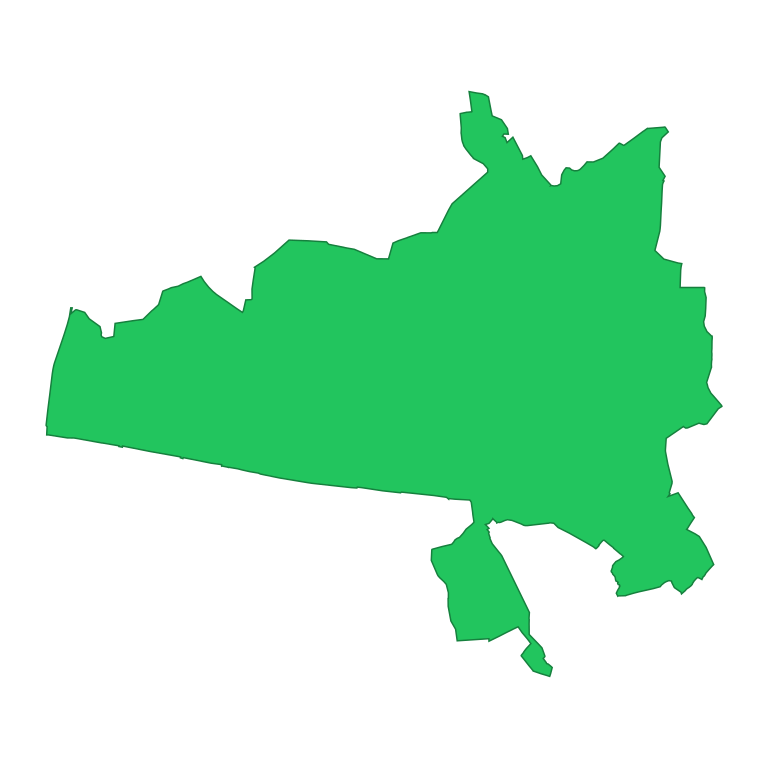 outline of Saldus pag., Saldus, Latvia
{"feature_id": "27541924B25012386790133", "entity_name": "Saldus pag.", "entity_type": "district", "adm_level": 2, "iso_a3": "LVA", "parent_name": "Latvia", "parent_adm1": "Saldus", "projection": "albers", "projection_center": [22.463, 56.704], "detail": "fine", "context": "isolated", "style": "filled", "palette": "green", "viewbox_px": 768, "rotation_deg": 0, "n_neighbors": 0, "source": "geoboundaries", "source_scale": "gbopen_adm2", "svg_char_len": 6074}
<svg xmlns="http://www.w3.org/2000/svg" viewBox="0 0 768 768"><path d="M491.1,110.8L488.4,96.8L485.0,94.7L484.8,94.9L483.8,94.3L482.5,93.8L476.6,93.0L469.1,91.6L470.3,99.5L471.9,111.6L471.7,111.8L468.0,112.2L467.0,112.2L460.2,113.6L460.2,114.8L461.3,128.0L461.1,133.1L461.3,134.3L461.9,139.6L462.5,142.1L463.8,145.5L463.7,145.7L466.0,149.1L470.9,155.3L473.8,158.5L473.7,158.6L483.3,163.7L487.7,168.8L487.7,172.2L452.1,203.8L448.6,210.0L439.4,228.4L437.3,232.5L432.2,232.5L431.2,232.9L421.1,232.8L420.5,232.9L407.8,237.4L407.2,237.7L398.4,240.7L393.0,243.1L388.5,258.9L376.6,258.8L354.3,249.3L346.8,248.0L328.6,244.3L326.5,241.9L307.9,240.8L289.0,240.1L274.4,253.1L263.7,261.3L254.4,267.3L255.1,268.0L254.8,270.2L253.2,280.4L252.0,289.1L252.1,298.9L251.8,299.3L250.9,299.7L245.8,299.9L243.3,310.9L242.4,312.4L237.3,309.0L221.4,297.9L216.5,294.5L212.8,291.4L208.6,287.1L204.2,281.6L200.9,276.4L187.2,282.3L183.2,283.7L178.2,286.2L171.2,287.7L168.6,288.9L163.1,291.0L162.8,291.2L158.7,304.4L158.2,305.0L157.8,305.5L156.4,306.7L153.4,309.5L151.7,310.9L143.0,319.4L133.7,320.6L115.1,323.4L113.8,336.5L105.2,338.4L101.7,336.7L101.1,334.9L101.5,332.9L100.0,326.6L89.2,318.8L84.7,312.4L76.7,309.8L75.5,309.9L70.9,313.7L72.2,307.9L70.8,307.8L69.4,316.7L67.4,324.2L64.5,333.4L62.6,339.1L54.5,362.9L53.8,365.4L53.0,369.2L52.3,373.7L49.6,396.0L49.5,396.7L48.7,403.0L47.9,409.4L46.1,425.3L46.5,426.1L47.1,426.6L46.7,434.9L48.3,434.9L67.3,437.9L74.1,438.0L102.0,443.0L102.5,443.0L119.0,445.8L118.9,446.5L122.4,447.2L122.5,446.0L150.2,451.5L180.6,456.9L180.4,457.8L182.9,458.6L183.3,457.6L211.2,463.2L221.6,464.6L221.5,465.6L221.6,466.1L221.8,466.0L227.4,467.1L228.7,467.5L228.9,467.3L237.8,468.8L242.4,470.0L249.5,471.6L258.4,473.1L260.3,474.0L265.0,475.0L279.7,478.0L306.7,482.5L311.9,483.3L350.9,487.6L356.9,488.0L357.3,487.1L362.1,487.7L382.6,490.8L400.6,492.8L401.4,492.1L433.9,495.5L446.5,497.3L448.7,499.2L448.8,498.6L455.1,499.2L469.8,500.0L470.7,501.3L471.3,502.3L471.4,503.2L472.6,511.9L472.9,514.9L473.9,521.5L473.9,522.3L471.7,524.6L466.1,529.2L463.1,533.4L459.5,537.4L457.3,538.3L455.0,539.9L453.7,542.0L451.7,544.3L441.9,546.6L432.1,549.3L431.8,549.8L431.3,560.4L437.4,574.6L438.2,576.0L439.8,577.8L443.8,581.5L446.3,584.4L448.4,592.7L448.4,598.3L448.1,598.4L448.2,606.4L450.9,621.0L455.6,629.2L457.2,640.8L488.9,638.7L489.0,641.2L499.0,636.3L505.2,633.1L513.4,629.0L518.1,626.8L522.1,632.6L527.4,638.9L530.9,643.6L526.3,648.6L523.9,651.7L523.7,652.3L521.3,655.3L521.2,655.8L529.0,665.7L532.6,670.1L532.9,670.4L533.1,671.0L536.9,672.3L540.9,673.7L546.3,675.3L549.7,676.4L550.6,673.7L552.2,667.5L550.8,666.2L548.1,664.0L547.2,663.8L546.6,663.5L546.2,662.5L543.2,658.5L544.8,656.7L544.9,656.4L544.9,656.1L542.0,647.9L538.2,643.8L529.2,634.5L529.1,623.6L529.2,619.4L529.0,618.5L529.4,612.5L501.8,555.8L500.5,554.0L498.5,551.6L492.2,543.7L489.8,538.2L490.1,537.8L489.0,534.6L489.0,534.4L488.6,532.9L489.2,532.1L487.1,529.6L489.0,528.3L485.4,524.5L489.0,523.4L492.5,519.3L492.8,518.6L493.2,519.1L496.6,522.2L496.8,522.6L496.8,522.9L498.4,522.3L499.3,522.5L500.5,522.3L501.1,522.1L504.8,520.5L507.4,519.7L512.0,520.4L521.3,524.0L523.8,525.3L525.4,525.6L527.3,525.6L549.1,523.1L549.7,522.8L553.8,523.2L558.1,527.5L569.4,533.2L586.3,542.7L593.5,546.9L595.7,548.7L596.1,548.6L597.3,547.5L599.0,545.6L598.8,545.0L599.1,544.8L599.6,544.2L601.5,541.9L602.9,540.5L603.8,540.2L604.2,540.2L609.7,544.8L612.7,547.1L613.6,547.8L613.6,548.3L614.3,548.8L620.3,553.9L621.0,554.3L623.4,556.5L622.5,557.5L619.2,559.9L615.9,561.6L613.4,564.6L612.6,565.8L612.5,567.4L611.7,569.6L611.5,570.5L611.2,570.8L611.3,571.8L612.4,573.0L612.7,574.1L614.7,576.3L615.2,577.4L615.6,580.0L616.2,581.3L616.9,581.4L617.7,581.9L618.1,582.4L617.7,582.8L617.7,583.7L618.4,584.7L619.4,584.7L619.8,585.7L619.8,586.4L619.3,586.9L619.4,587.5L618.7,588.5L617.7,590.2L616.3,593.2L617.8,596.2L618.2,595.9L625.5,595.7L627.0,595.1L633.9,593.1L639.0,591.8L653.3,588.6L660.2,586.7L661.5,585.0L664.6,582.5L666.3,581.6L668.9,580.6L671.5,581.1L671.9,582.7L674.2,587.3L674.5,587.7L680.9,592.1L681.5,593.9L685.2,590.7L686.4,589.2L687.7,588.2L688.6,587.7L691.1,585.7L692.2,584.4L692.8,583.0L694.2,580.9L696.0,578.9L696.8,578.1L697.9,577.5L699.5,578.2L701.9,579.5L703.1,576.9L704.3,575.9L705.3,574.3L705.9,573.1L707.2,571.6L709.2,569.3L712.6,565.6L713.7,564.6L706.1,547.4L699.3,536.5L695.2,533.9L686.6,529.4L687.5,528.3L690.7,523.2L694.4,517.6L692.5,515.2L691.7,513.5L688.1,508.3L678.1,492.8L668.1,496.5L670.0,493.8L669.5,493.4L669.3,492.6L670.1,489.7L672.0,483.4L672.1,481.3L667.8,464.0L666.3,456.0L665.5,451.8L665.4,450.3L665.5,448.5L666.2,438.3L683.4,426.5L683.9,427.0L685.8,428.1L687.6,427.9L698.9,423.2L703.9,424.5L706.9,423.8L718.3,408.7L721.9,406.4L721.6,405.5L713.7,396.3L710.9,393.2L708.0,387.6L707.3,384.6L706.6,382.5L711.1,368.3L711.5,367.4L711.5,367.1L711.4,364.3L711.6,361.2L711.9,359.4L711.8,357.9L711.8,357.3L711.9,355.5L711.9,353.7L711.7,351.8L711.9,348.7L712.0,340.9L712.2,338.2L712.2,336.7L712.1,336.4L712.0,336.5L707.1,331.7L706.9,331.7L706.5,330.6L704.3,326.2L704.2,325.6L703.6,321.7L705.2,316.0L705.7,308.5L706.1,297.5L705.9,296.7L704.6,291.6L704.6,291.2L704.7,287.8L704.2,287.5L680.1,287.5L680.7,270.2L681.1,266.8L681.8,263.6L678.0,263.0L663.9,259.1L654.9,250.5L659.8,231.2L660.1,228.9L660.4,225.7L660.4,225.8L661.1,211.2L661.6,203.0L662.1,191.1L662.5,184.6L663.1,182.7L664.0,181.0L662.9,180.5L665.1,176.3L659.1,167.3L660.4,141.9L661.9,137.8L668.3,131.9L665.2,127.2L664.4,127.1L664.2,127.0L663.9,127.2L647.5,128.5L647.4,128.4L643.8,131.0L643.5,131.1L634.1,138.1L624.1,145.3L623.5,145.3L619.8,143.3L619.2,143.2L618.8,143.5L613.0,149.1L602.9,158.2L593.4,162.0L587.0,161.9L584.0,165.5L580.2,169.3L578.5,170.3L577.1,170.7L574.4,170.8L571.6,169.9L569.6,168.1L566.1,167.8L564.2,170.1L561.7,174.8L560.7,183.8L557.4,185.7L554.1,186.0L551.2,185.5L550.9,185.6L551.1,185.3L541.7,175.0L537.5,166.7L530.8,155.8L527.4,157.6L522.8,159.2L522.4,155.5L512.9,137.2L507.0,142.6L505.1,137.6L502.4,136.3L503.9,134.0L508.3,134.2L507.4,128.5L501.5,119.8L492.2,115.9L491.1,110.8Z" fill="#22c55e" stroke="#15803d" stroke-width="1.5"/></svg>